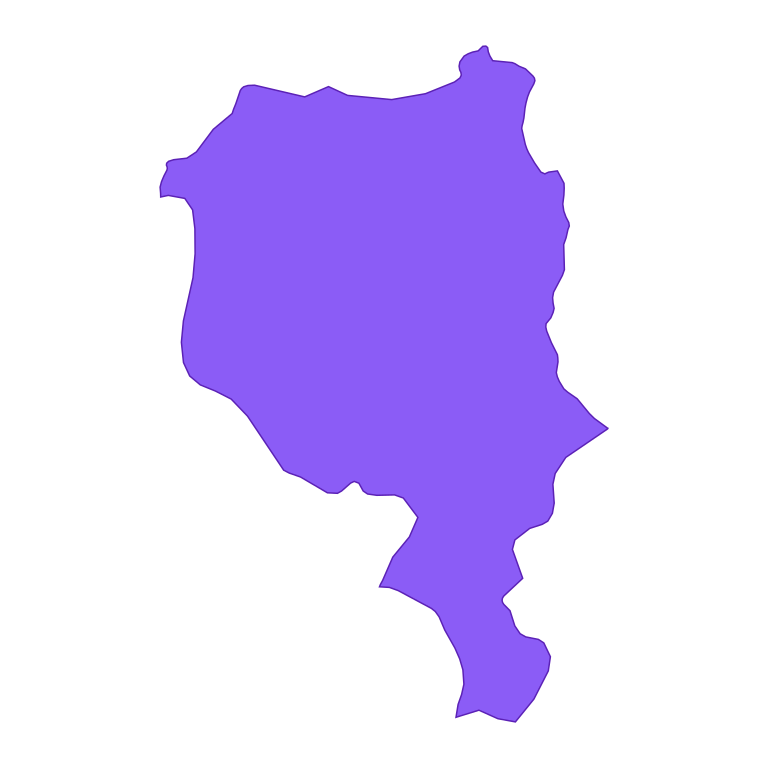 Ticino, orthographic projection
{"feature_id": "CHE-168", "entity_name": "Ticino", "entity_type": "Canton", "adm_level": 1, "iso_a3": "CHE", "parent_name": "Switzerland", "parent_adm1": "", "projection": "orthographic", "projection_center": [8.86, 46.227], "detail": "fine", "context": "isolated", "style": "filled", "palette": "violet", "viewbox_px": 768, "rotation_deg": 0, "n_neighbors": 0, "source": "natural_earth", "source_scale": "10m", "svg_char_len": 2327}
<svg xmlns="http://www.w3.org/2000/svg" viewBox="0 0 768 768"><path d="M357.1,482.5L354.2,481.4L350.6,483.1L341.6,491.0L337.5,493.3L327.4,492.8L300.5,477.0L289.3,473.1L283.7,470.2L247.5,416.1L231.2,399.1L215.3,391.0L200.3,384.9L189.7,376.0L183.5,362.6L181.4,342.3L183.4,320.9L193.0,277.8L195.1,253.8L194.9,228.7L192.6,209.9L184.8,198.4L168.3,195.4L160.7,197.0L160.7,196.6L160.6,193.3L160.1,187.1L161.5,181.7L164.0,175.8L166.9,170.2L167.3,168.4L167.1,166.8L166.4,165.1L166.7,163.2L168.6,161.3L173.7,159.7L186.8,158.2L196.4,151.9L213.3,129.3L232.2,113.5L233.6,109.2L235.8,103.8L240.3,90.5L241.7,88.5L243.7,86.8L248.0,85.5L254.6,85.2L304.7,96.9L328.5,86.6L347.6,95.4L391.7,99.6L425.5,93.7L454.5,82.0L460.0,77.9L461.3,75.1L460.9,72.4L459.7,69.9L459.1,66.1L459.9,61.9L464.1,56.1L468.1,53.8L472.5,52.1L478.1,50.9L482.8,46.3L485.9,46.1L487.6,47.5L488.3,51.9L489.9,56.0L492.7,60.7L512.2,62.6L515.0,63.7L519.0,66.2L525.5,68.9L533.0,76.1L534.4,78.1L534.9,80.7L533.8,83.9L529.5,91.9L527.6,96.9L526.0,102.9L525.0,108.1L523.9,118.0L523.0,122.5L522.1,125.8L521.7,128.4L525.3,144.4L526.8,148.8L528.5,152.6L534.6,163.0L540.9,172.1L544.9,173.9L546.2,173.2L548.7,172.1L557.4,170.9L564.0,183.3L564.2,188.3L563.9,195.0L562.8,204.1L563.8,211.1L565.9,216.9L568.8,222.6L569.3,226.0L567.9,229.6L566.1,237.7L563.7,244.5L564.4,269.7L562.4,275.4L553.6,292.1L552.6,297.7L553.1,303.2L554.1,308.4L553.1,312.5L550.8,317.9L546.1,323.6L545.8,327.0L546.7,331.1L551.4,342.7L557.4,354.7L557.8,357.8L558.0,361.9L556.3,372.6L557.4,377.0L559.3,381.4L563.8,388.8L567.7,392.2L577.2,398.8L589.3,413.5L594.4,418.5L607.6,428.2L607.9,428.3L607.6,428.9L565.8,457.4L555.2,473.5L552.9,484.3L554.2,503.1L552.4,513.3L547.8,521.1L542.3,524.3L529.7,528.4L514.9,539.9L512.4,549.4L522.7,578.3L503.8,596.0L502.5,598.0L502.1,600.2L502.5,602.3L503.8,604.4L510.0,610.7L514.8,625.9L520.1,633.7L525.7,636.9L538.4,639.4L543.8,642.9L550.4,656.7L548.3,670.9L533.9,699.1L515.4,721.9L497.9,718.7L478.9,710.2L461.1,715.7L456.0,717.3L458.1,704.4L461.6,694.5L463.9,684.2L462.9,669.8L459.7,658.9L454.9,648.0L444.8,630.1L439.1,616.8L435.3,611.5L431.4,608.4L398.2,590.6L389.4,587.4L379.5,586.8L380.4,584.5L382.6,580.5L392.8,557.1L409.4,536.9L417.9,517.4L403.3,498.0L394.6,494.9L376.8,495.3L367.6,494.0L363.2,491.0L358.9,483.2L357.1,482.5Z" fill="#8b5cf6" stroke="#5b21b6" stroke-width="1.5"/></svg>